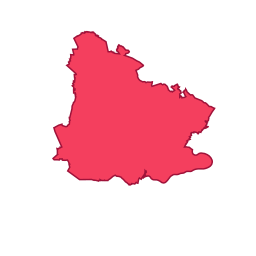 Bronckhorst, Gelderland, Netherlands (Albers equal-area conic projection), rotated 209°
{"feature_id": "6326949B84146286859496", "entity_name": "Bronckhorst", "entity_type": "district", "adm_level": 2, "iso_a3": "NLD", "parent_name": "Netherlands", "parent_adm1": "Gelderland", "projection": "albers", "projection_center": [6.301, 52.053], "detail": "fine", "context": "isolated", "style": "filled", "palette": "rose", "viewbox_px": 256, "rotation_deg": 209, "n_neighbors": 0, "source": "geoboundaries", "source_scale": "gbopen_adm2", "svg_char_len": 5743}
<svg xmlns="http://www.w3.org/2000/svg" viewBox="0 0 256 256"><g transform="rotate(209 128 128)"><path d="M50.5,122.8L49.4,124.2L48.2,125.3L46.5,126.5L42.1,128.9L40.6,130.2L39.2,131.8L38.3,133.1L37.6,134.5L37.4,135.4L37.2,136.6L37.3,137.3L37.8,139.1L38.3,139.9L39.0,140.7L41.1,142.1L43.4,142.9L45.8,143.1L48.6,142.8L52.0,141.5L53.4,140.3L54.4,138.3L55.0,137.5L55.8,137.0L56.7,136.7L58.2,136.7L59.5,137.4L60.4,138.6L61.2,140.4L62.1,140.3L63.5,140.6L65.2,140.8L66.4,140.2L67.8,139.8L69.4,138.8L69.6,141.8L69.4,141.7L69.2,145.0L70.2,145.2L69.5,146.6L68.2,148.2L69.3,148.5L68.9,150.0L70.0,150.2L68.9,152.3L69.1,152.6L70.2,153.2L70.3,154.2L69.9,154.2L69.9,155.1L68.1,155.7L68.4,156.5L67.0,157.1L65.3,157.4L63.9,156.9L63.7,157.4L64.0,159.0L62.2,159.5L62.3,160.0L62.2,160.7L62.3,162.3L61.9,162.3L61.5,165.0L61.3,165.4L61.0,165.2L61.0,165.8L60.0,165.5L58.6,167.8L58.6,168.0L58.8,168.0L60.5,167.3L61.1,167.5L61.2,168.0L60.9,169.2L61.2,170.1L61.4,170.3L61.2,170.9L63.1,171.0L63.8,171.5L63.7,171.7L62.6,171.9L62.4,172.1L61.6,172.4L61.4,173.8L61.9,175.0L61.9,175.4L62.5,176.1L62.6,176.5L62.4,177.5L62.2,183.4L62.1,183.9L61.9,185.9L61.8,186.0L61.8,187.2L62.9,187.0L65.8,187.0L67.4,186.2L71.2,187.4L72.6,187.5L73.4,187.1L74.1,187.0L75.8,187.5L77.0,187.6L84.1,186.7L87.3,188.2L88.2,188.1L89.1,187.3L90.5,187.4L93.7,188.2L94.0,188.3L95.1,189.3L96.3,189.9L96.1,189.5L97.0,188.0L96.5,187.6L97.3,186.0L96.2,185.9L93.8,184.1L92.7,183.5L92.8,183.4L93.4,182.2L95.5,180.6L95.8,181.1L97.3,181.7L97.7,181.6L97.6,180.6L97.5,180.1L97.6,179.9L98.8,182.1L99.3,182.8L98.7,183.7L98.5,184.1L99.0,185.0L99.7,185.3L99.8,185.8L100.0,186.0L100.7,185.8L101.8,186.4L102.3,186.3L102.7,186.1L103.2,186.3L103.7,186.7L103.8,187.0L103.1,187.7L102.9,188.6L102.9,188.8L103.6,188.6L104.2,189.0L104.9,189.0L105.3,189.3L105.5,189.9L106.2,190.2L107.8,187.6L107.8,186.9L108.6,186.4L109.8,186.1L109.9,185.8L109.7,185.3L110.0,184.8L105.7,183.8L105.4,183.6L106.8,181.0L107.5,181.4L108.3,180.7L108.6,180.4L110.6,180.9L111.1,180.9L111.4,181.4L112.6,182.2L112.6,182.4L113.0,182.6L113.3,183.0L114.9,183.8L115.8,183.7L116.6,184.1L117.5,183.9L118.2,183.5L118.3,183.0L118.7,182.6L119.8,182.6L120.8,182.9L127.2,176.1L128.2,177.0L128.5,178.6L129.1,180.1L130.4,179.0L133.3,177.6L134.3,176.4L135.6,176.7L136.5,176.3L137.5,175.5L140.8,175.4L142.5,176.0L144.4,177.3L145.2,179.0L149.0,182.3L147.3,184.6L146.7,186.6L145.6,188.2L145.1,189.1L145.3,189.2L144.9,189.8L145.0,190.0L145.0,190.3L149.9,191.2L152.9,191.0L157.9,191.2L166.1,189.9L165.7,190.5L165.8,191.4L166.0,192.0L164.3,193.5L163.8,195.2L163.9,195.4L165.3,196.1L167.9,195.1L168.9,195.4L169.5,195.9L170.4,196.0L170.8,196.3L171.8,196.6L172.2,196.3L173.4,196.6L174.6,195.9L175.1,196.2L176.3,196.3L176.4,195.7L176.2,195.6L176.2,195.1L176.5,194.3L175.8,193.6L175.9,193.2L175.6,193.1L175.8,191.8L175.6,191.9L175.6,191.5L175.8,191.5L175.3,190.0L174.0,190.0L171.5,188.7L176.2,186.7L177.1,187.3L177.7,186.7L178.2,187.1L178.9,186.7L180.0,187.1L180.6,186.0L182.3,185.1L189.1,192.8L193.5,193.0L193.8,192.8L194.3,193.0L194.5,193.3L196.1,193.4L197.2,193.1L198.4,193.2L198.4,194.1L199.5,194.3L199.8,193.5L200.5,193.7L200.7,193.2L201.6,193.5L201.7,194.2L203.0,194.6L203.7,194.6L204.6,195.1L205.8,194.6L205.5,194.2L206.9,193.4L207.5,193.5L209.4,192.8L209.5,192.4L210.3,192.5L210.8,192.3L211.4,191.4L211.7,191.4L211.5,191.1L211.7,190.7L212.5,190.7L212.2,189.9L212.7,189.6L214.3,189.2L214.4,188.6L214.8,188.2L214.4,187.9L215.3,185.9L216.7,183.8L217.0,183.9L218.8,180.2L210.9,174.6L210.9,173.5L210.5,172.5L214.6,170.0L211.4,166.5L211.0,165.6L213.7,164.4L212.7,163.0L212.4,161.9L211.8,160.9L211.8,160.0L212.2,159.9L211.0,158.9L211.6,158.2L211.2,157.8L211.9,157.0L211.4,156.6L211.5,156.4L210.6,155.9L210.5,155.5L210.5,155.2L211.9,153.1L200.2,150.4L199.5,150.0L199.4,149.9L200.0,149.7L199.8,149.2L200.9,148.7L199.0,145.9L198.6,146.1L197.1,142.3L198.4,142.6L197.6,140.8L197.8,140.0L196.3,139.4L197.2,137.9L195.2,137.4L194.5,135.8L193.2,136.4L192.8,135.1L193.8,134.5L192.5,132.3L191.1,133.1L190.3,132.2L190.6,132.0L190.4,131.8L190.5,131.7L190.1,131.3L189.1,129.9L188.9,130.1L188.5,129.1L187.6,125.9L187.6,124.9L188.0,124.0L187.8,123.9L187.5,120.1L186.3,117.6L183.9,108.7L184.3,108.6L183.4,107.3L182.4,106.7L182.5,105.4L182.4,105.4L181.8,104.4L181.8,104.2L181.2,103.0L182.1,101.0L181.9,100.2L182.3,99.6L183.4,98.9L186.7,98.3L187.2,98.7L187.6,99.3L190.2,96.6L190.3,96.3L192.2,93.4L192.3,92.9L192.9,92.3L190.1,89.5L176.7,79.3L177.5,78.3L177.8,78.3L177.6,78.0L179.2,76.0L179.1,75.8L180.1,75.6L178.9,74.2L177.0,70.7L176.8,70.7L178.8,65.0L178.2,64.7L177.2,64.4L174.5,65.9L172.5,66.8L172.4,67.2L172.7,67.8L170.9,68.8L170.6,69.0L170.2,68.2L169.7,68.1L167.4,69.2L165.4,70.6L163.5,69.5L162.1,68.3L161.7,68.2L162.1,67.8L159.9,65.4L159.9,61.2L145.3,59.4L134.9,65.3L132.4,65.8L132.4,66.0L130.5,66.7L128.2,67.3L128.3,67.5L128.1,67.9L126.9,68.5L127.4,69.3L125.6,69.3L123.6,70.4L123.2,71.0L122.8,70.8L120.1,72.3L120.1,72.9L118.9,75.2L117.7,78.5L116.3,80.5L114.7,80.3L112.3,81.3L110.2,81.6L108.9,81.1L107.1,80.8L104.0,79.7L102.6,79.7L101.7,79.4L100.4,79.2L99.5,78.8L99.1,79.6L98.5,79.3L97.4,80.9L97.7,81.2L95.5,82.2L94.9,82.3L94.5,84.4L93.6,84.2L92.6,84.5L93.8,88.3L93.9,89.0L93.8,89.8L93.1,89.6L91.6,89.6L91.6,92.0L91.2,95.0L91.2,95.9L91.5,97.3L92.4,99.0L91.9,98.8L91.7,98.3L91.3,99.0L90.6,98.3L90.7,98.0L90.6,97.7L90.8,97.4L91.0,96.0L90.8,95.8L89.9,95.3L90.0,94.3L90.7,93.9L91.2,92.9L90.8,91.7L90.5,91.6L90.1,92.7L89.2,94.0L87.5,95.6L86.9,96.0L86.2,96.1L85.0,96.0L83.1,95.0L81.6,94.9L80.5,95.1L77.9,96.5L76.4,96.9L74.3,97.0L72.0,96.7L70.4,97.1L69.3,98.0L68.7,99.1L68.1,101.2L67.4,106.0L67.0,107.0L65.8,109.1L64.8,109.9L62.6,111.0L61.5,111.9L60.1,113.7L57.4,115.7L56.2,117.7L55.7,118.4L54.6,119.1L52.3,120.3L51.5,121.0L50.5,122.8Z" fill="#f43f5e" stroke="#9f1239" stroke-width="1.5"/></g></svg>